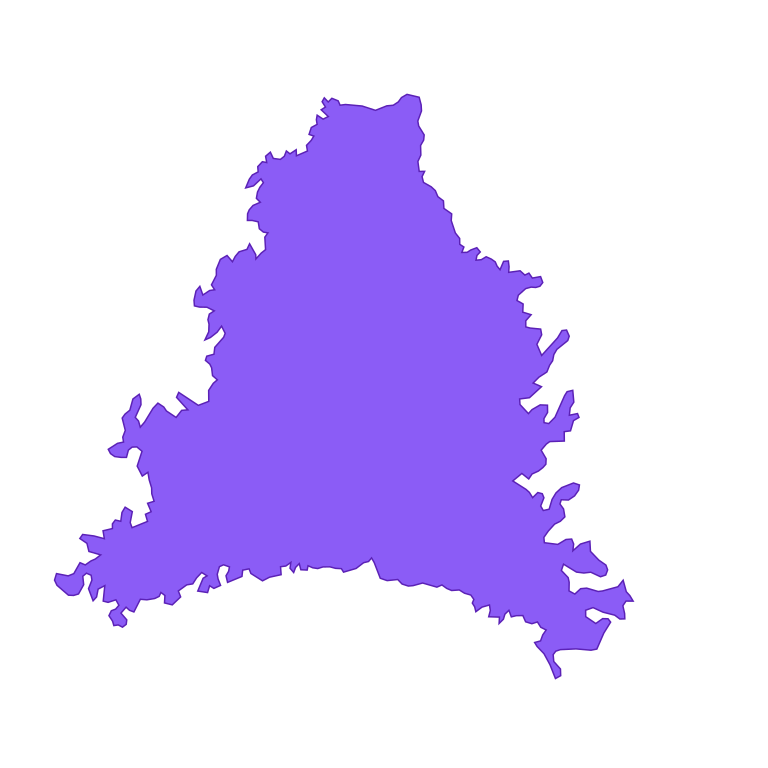 Palmital, Paraná, Brazil (Albers equal-area conic projection), rotated 281°
{"feature_id": "56859067B70868107973132", "entity_name": "Palmital", "entity_type": "district", "adm_level": 2, "iso_a3": "BRA", "parent_name": "Brazil", "parent_adm1": "Paraná", "projection": "albers", "projection_center": [-52.284, -24.889], "detail": "fine", "context": "isolated", "style": "filled", "palette": "violet", "viewbox_px": 768, "rotation_deg": 281, "n_neighbors": 0, "source": "geoboundaries", "source_scale": "gbopen_adm2", "svg_char_len": 6164}
<svg xmlns="http://www.w3.org/2000/svg" viewBox="0 0 768 768"><g transform="rotate(281 384 384)"><path d="M520.5,505.1L517.8,501.5L521.1,496.0L517.4,485.1L522.9,484.4L528.5,482.6L527.2,478.0L518.3,476.1L521.3,472.5L525.1,469.9L527.1,465.5L528.4,460.0L524.6,455.8L523.1,450.7L527.9,450.7L532.0,453.3L535.5,449.1L532.1,443.6L529.1,440.5L528.0,435.3L533.7,436.3L535.6,431.7L541.3,430.5L545.9,425.2L557.3,418.8L563.9,418.0L567.8,409.3L575.1,407.4L578.2,401.1L583.6,397.5L586.6,392.7L589.4,384.3L594.8,381.8L600.5,383.3L599.4,378.0L608.9,374.8L615.7,376.5L625.1,374.4L631.0,376.4L636.2,375.9L643.9,368.8L648.6,367.0L659.2,368.7L665.1,367.2L672.2,363.8L672.7,351.3L668.5,346.5L663.6,344.2L659.4,339.9L657.6,333.7L651.0,323.4L652.7,309.5L651.0,292.8L649.3,287.7L653.2,285.0L654.5,278.3L650.2,275.4L653.5,270.8L649.3,269.4L644.7,273.7L641.2,270.0L635.9,278.3L632.4,273.7L635.1,267.1L630.5,267.2L626.1,268.8L621.9,263.7L614.7,262.8L614.0,267.8L609.3,266.1L603.5,262.4L598.1,264.4L591.3,254.5L597.2,253.1L592.0,247.8L594.1,243.7L588.5,242.7L584.7,239.4L584.3,232.3L589.9,228.2L585.0,224.3L579.0,226.6L579.0,222.2L573.3,218.6L568.2,220.0L564.1,214.9L559.3,212.7L550.1,210.8L553.6,218.1L561.9,224.1L558.6,227.2L553.4,224.6L548.3,223.2L541.9,223.3L538.8,227.9L534.3,221.4L529.3,218.5L525.1,217.6L518.5,218.7L519.4,223.3L519.2,229.6L512.6,232.0L510.1,236.6L510.2,241.2L505.4,239.0L493.3,242.1L489.1,238.5L482.3,234.4L486.5,233.4L496.0,225.3L490.0,223.8L486.1,216.5L480.8,213.6L475.1,211.9L480.2,205.4L475.1,199.6L464.6,197.5L458.7,198.7L448.4,195.7L444.2,199.8L442.5,195.0L436.8,189.2L444.7,184.6L439.4,181.7L430.0,181.5L424.5,183.0L424.3,188.2L425.6,195.5L423.4,203.4L419.3,199.2L413.5,198.9L409.4,200.8L401.8,202.0L393.1,199.8L396.5,204.7L403.0,210.3L409.8,213.5L403.5,218.4L399.3,217.7L387.7,210.9L380.8,211.4L377.5,204.7L373.1,204.2L370.3,209.2L367.0,211.7L359.5,214.1L356.3,219.6L352.1,216.3L344.3,213.1L333.5,215.3L327.6,205.8L336.6,184.1L331.3,182.9L321.2,196.4L319.5,190.4L311.5,186.3L316.0,175.6L319.4,172.2L322.1,165.7L316.1,161.9L301.0,156.3L295.1,153.0L300.8,150.1L303.8,146.2L317.3,149.4L322.9,148.1L327.2,145.7L321.4,140.4L309.8,139.5L305.0,135.5L300.6,133.5L289.1,138.9L282.0,137.7L277.3,139.4L274.9,133.7L267.3,125.8L263.5,128.8L261.4,133.5L261.8,140.0L262.8,145.2L270.3,145.7L274.0,148.8L275.1,153.4L271.8,159.3L256.3,157.4L247.5,164.3L252.3,169.1L245.1,171.8L237.7,175.7L231.9,177.0L225.0,180.7L221.8,174.7L214.2,179.8L210.6,174.7L204.0,178.1L194.9,164.1L199.5,161.3L210.7,161.3L213.7,153.4L207.9,151.3L199.0,151.8L199.2,146.2L194.9,144.1L190.3,145.0L186.3,136.2L178.8,139.0L179.5,128.3L178.8,116.9L174.3,114.9L170.9,122.8L163.3,126.3L162.2,138.5L157.1,134.0L154.4,130.1L149.4,125.3L150.6,119.7L138.7,115.7L135.4,110.6L135.4,98.7L128.6,98.0L124.0,101.4L116.5,114.5L117.2,119.6L119.6,124.2L129.7,127.5L137.8,125.0L141.5,128.0L140.4,133.0L135.8,134.7L126.7,133.0L115.7,139.8L120.1,142.5L128.1,142.5L132.8,148.4L117.3,149.8L117.0,154.8L121.0,162.0L116.2,166.0L111.8,163.5L109.4,159.6L104.1,158.2L99.4,162.8L95.3,164.9L96.8,169.1L95.4,173.7L98.9,176.8L103.4,176.5L108.9,169.5L115.7,173.4L113.3,177.4L112.5,182.0L126.2,185.9L126.9,192.4L129.7,199.9L132.6,203.8L136.8,204.8L134.6,209.3L127.2,210.3L126.8,218.3L136.2,225.0L141.6,221.6L149.2,228.7L151.3,234.4L157.9,237.0L164.2,241.0L161.9,246.9L158.8,243.5L145.2,240.7L145.6,250.6L152.7,251.3L150.9,256.0L155.1,262.0L161.0,258.3L165.4,256.6L173.3,257.3L175.9,261.0L175.0,267.2L170.5,267.2L165.6,265.5L159.4,268.3L168.0,281.3L174.3,280.8L176.8,286.8L172.6,289.5L167.6,302.3L172.5,308.5L177.2,319.4L184.9,317.3L186.6,322.4L191.1,326.6L185.2,326.9L181.7,331.3L187.1,332.2L191.5,335.1L185.8,337.8L186.7,344.1L191.1,344.1L190.0,349.1L190.2,354.2L192.8,359.0L194.2,365.8L193.8,371.6L194.6,377.4L191.6,380.2L197.6,391.8L204.7,398.1L206.8,402.7L210.9,405.0L206.8,408.5L192.6,417.4L191.6,424.6L194.7,434.8L191.1,439.9L190.3,446.4L191.6,451.0L196.0,459.9L194.7,474.7L197.8,479.2L195.3,484.6L194.2,489.8L196.2,497.2L194.0,502.9L193.4,509.5L189.7,513.3L185.8,512.5L182.6,515.5L178.0,517.6L183.7,522.8L187.2,529.7L181.9,531.6L175.5,531.2L177.2,541.8L170.9,542.7L175.9,546.1L181.1,546.6L185.7,549.8L179.7,553.4L181.8,558.0L183.2,564.5L177.6,568.4L176.9,574.9L179.7,580.0L175.1,584.3L173.5,590.1L168.0,587.7L161.7,586.7L159.0,581.2L155.6,584.3L149.8,592.5L140.1,600.5L127.6,608.5L131.4,613.1L137.9,611.6L144.0,603.6L150.6,601.7L154.5,603.6L156.9,607.8L160.6,623.0L162.2,638.0L164.4,643.5L181.4,647.3L193.5,651.9L196.3,648.7L195.4,643.4L189.3,637.6L194.1,626.4L200.4,625.1L204.4,631.9L201.8,642.5L201.1,654.6L198.3,660.4L199.4,665.2L204.6,664.0L211.9,660.8L217.1,663.0L218.4,670.0L223.2,665.7L226.3,661.5L237.0,656.2L229.6,652.3L222.5,637.9L221.2,633.8L222.3,621.9L220.6,616.1L214.2,611.4L216.2,605.1L224.7,603.6L229.1,601.7L234.8,593.7L241.4,594.6L236.1,608.8L236.6,616.2L238.7,622.9L236.1,633.3L238.8,638.1L244.2,639.0L248.6,636.4L252.1,628.5L259.1,618.6L269.0,616.1L264.4,607.4L256.3,601.2L263.1,600.7L267.6,597.8L266.1,592.3L259.7,585.2L258.8,571.7L263.9,570.2L270.9,573.3L279.0,578.2L282.9,583.3L288.1,586.9L295.6,584.1L299.8,579.6L304.2,580.1L305.3,587.2L310.5,592.4L316.9,595.3L322.2,595.1L323.0,588.9L316.2,578.2L309.9,573.6L302.8,571.0L292.6,570.0L290.2,564.5L294.1,561.1L302.8,562.7L306.5,560.3L306.8,555.7L300.8,551.6L305.4,547.3L307.7,543.4L313.4,528.9L322.5,536.4L318.4,544.2L323.9,546.5L328.0,552.2L332.4,556.0L336.1,558.2L341.6,557.4L349.0,550.9L356.0,554.8L359.1,557.7L362.4,571.9L371.6,570.0L373.6,576.0L384.2,577.0L388.4,581.8L391.9,579.6L388.7,571.9L396.1,571.3L402.4,573.8L413.8,570.5L411.4,565.2L407.0,563.5L384.0,558.2L376.6,553.3L376.6,548.5L380.5,547.6L387.3,550.0L394.4,548.5L393.3,541.3L387.1,534.2L382.5,531.4L389.8,521.4L395.2,520.0L398.3,529.4L411.4,539.1L413.4,530.2L420.3,534.8L426.9,541.6L434.1,543.0L439.0,545.1L445.3,545.1L451.0,547.1L461.7,556.1L466.3,556.7L471.8,552.9L470.4,548.5L462.4,545.6L442.1,533.3L452.1,526.5L462.4,529.4L467.8,527.3L466.8,516.7L467.1,512.3L473.1,511.1L480.1,515.2L481.0,506.5L489.1,505.3L491.3,498.6L496.8,498.9L504.7,504.9L507.2,510.0L507.7,514.5L509.7,518.4L513.9,520.5L519.3,517.2L516.3,509.4L520.5,505.1Z" fill="#8b5cf6" stroke="#5b21b6" stroke-width="1.5"/></g></svg>